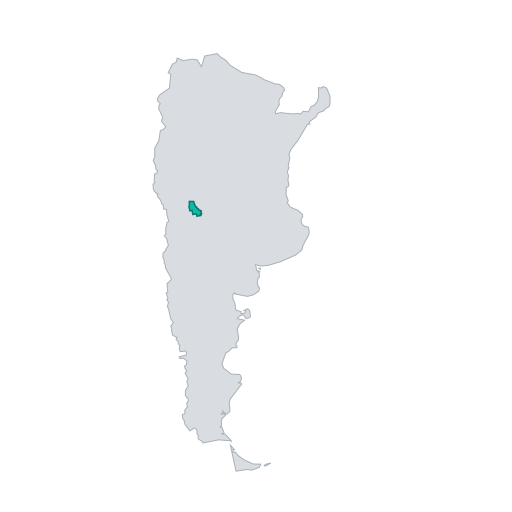 La Paz, Mendoza, Argentina (highlighted), rotated 349°
{"feature_id": "61730980B24308348826219", "entity_name": "La Paz", "entity_type": "district", "adm_level": 2, "iso_a3": "ARG", "parent_name": "Argentina", "parent_adm1": "Mendoza", "projection": "orthographic", "projection_center": [-66.916, -33.675], "detail": "fine", "context": "in_parent", "style": "filled", "palette": "teal", "viewbox_px": 512, "rotation_deg": 349, "n_neighbors": 0, "source": "geoboundaries", "source_scale": "gbopen_adm2", "svg_char_len": 5080}
<svg xmlns="http://www.w3.org/2000/svg" viewBox="0 0 512 512"><g transform="rotate(349 256 256)"><path d="M310.9,157.7L307.6,162.6L308.0,166.0L304.7,173.9L305.3,175.6L302.8,179.3L303.2,183.5L301.8,187.4L301.9,192.5L300.9,194.0L299.0,194.3L297.2,201.2L298.2,208.1L296.7,209.3L298.9,214.5L306.1,219.4L309.6,224.2L309.5,226.0L307.3,228.6L306.8,230.9L307.6,234.1L309.4,236.2L312.9,237.7L312.9,242.2L312.0,245.0L304.3,254.4L302.3,258.6L295.6,262.5L278.8,266.3L265.9,267.5L258.6,266.7L253.9,264.4L254.0,270.1L256.3,271.9L255.0,271.9L256.0,273.0L255.2,277.6L253.6,278.4L252.3,282.2L252.2,285.5L253.5,288.4L251.9,291.0L246.3,293.6L239.9,294.0L228.2,289.3L228.6,288.6L228.0,288.3L226.1,289.1L225.1,293.0L226.3,298.8L225.8,304.0L226.5,305.6L230.7,307.7L230.3,309.7L231.7,310.0L234.8,309.6L235.2,307.9L233.7,307.3L237.8,306.1L239.3,308.3L239.2,313.5L238.5,314.9L235.2,315.7L234.3,315.5L232.6,311.7L231.1,311.0L226.5,312.8L225.9,314.0L232.5,316.8L227.5,319.4L223.6,324.2L223.3,333.1L222.4,335.6L219.7,337.9L219.2,339.6L220.1,340.6L219.7,342.3L214.7,341.7L211.1,344.4L207.9,345.3L202.0,355.3L202.9,360.2L209.3,367.2L217.4,369.2L218.4,371.5L218.0,374.3L217.0,375.9L214.1,377.5L216.6,377.5L217.6,378.9L203.5,391.4L201.7,395.1L201.0,402.7L199.9,404.2L197.1,405.7L195.2,404.2L193.6,401.4L193.7,403.7L191.1,404.6L194.3,404.6L195.8,406.4L191.6,409.2L190.4,411.7L190.0,415.2L188.4,417.2L189.7,416.8L191.0,423.5L187.8,424.0L191.8,425.1L196.5,432.7L196.2,433.3L196.0,432.5L184.1,429.3L168.2,429.4L168.3,428.4L164.4,424.4L165.0,421.4L164.2,419.0L164.8,416.7L164.1,413.9L162.7,413.1L157.6,415.0L154.1,407.6L154.0,403.6L152.9,401.0L153.5,397.6L156.2,397.3L156.7,393.7L160.0,390.8L159.8,387.4L161.8,385.4L162.2,383.7L160.0,379.4L161.1,374.5L164.7,370.7L164.1,366.1L166.0,363.8L164.1,357.7L166.1,355.0L165.0,353.6L164.8,350.4L166.9,349.5L168.1,345.9L165.7,342.8L161.6,342.0L161.3,340.4L168.6,339.9L169.4,337.4L168.8,335.9L163.2,335.4L163.1,331.9L164.2,329.6L163.0,327.4L163.3,325.4L161.6,322.4L163.0,320.9L159.1,318.0L158.8,312.7L159.6,311.4L158.9,308.6L162.1,305.8L160.3,300.9L160.1,291.3L159.4,288.7L161.3,284.7L160.1,282.1L161.6,280.1L160.7,275.2L162.5,274.7L163.4,266.1L167.8,263.4L168.6,261.7L165.0,251.0L165.2,247.0L164.4,245.1L165.2,242.7L164.3,239.3L165.5,235.1L168.6,233.3L168.8,231.9L172.0,229.0L171.6,222.1L170.0,218.6L171.7,217.2L172.6,211.9L174.9,206.3L177.0,205.2L176.4,198.9L177.0,193.2L174.1,192.2L174.7,188.1L173.6,187.2L172.9,182.9L170.9,179.1L170.7,177.4L171.8,176.3L169.6,174.9L168.0,171.5L168.3,168.2L168.6,166.0L170.8,164.3L170.4,162.8L172.1,156.1L174.5,155.7L175.7,153.3L174.3,152.1L174.6,148.2L173.3,142.5L175.5,139.6L177.2,130.8L182.5,124.4L186.1,114.5L189.0,114.2L192.1,112.1L188.9,105.7L190.9,101.7L188.6,93.2L189.3,90.0L191.1,88.2L189.0,85.0L189.6,82.3L192.5,79.3L203.0,74.7L207.0,61.6L204.8,59.3L210.6,51.7L214.7,50.5L216.4,46.6L221.7,50.3L231.0,50.6L235.6,52.2L238.7,59.8L243.7,49.9L256.5,49.9L259.0,53.7L263.7,58.0L266.9,63.8L277.1,73.1L290.2,78.2L298.0,84.7L307.2,90.5L311.8,92.0L315.2,95.9L315.8,98.5L313.6,100.4L311.8,104.2L309.1,106.2L307.9,108.6L307.8,111.8L302.5,117.8L302.5,120.1L307.5,120.0L319.2,123.6L324.9,124.1L326.6,125.4L330.0,122.8L334.9,124.5L338.6,119.7L341.9,119.1L345.7,116.0L347.8,111.8L349.4,102.6L351.3,103.5L354.6,102.6L357.4,104.8L359.1,113.0L357.8,120.4L356.2,123.3L352.4,124.5L350.3,126.4L344.6,127.3L341.2,131.0L333.8,134.5L334.1,136.8L331.8,136.4L318.9,150.8L310.9,157.7ZM195.3,463.4L194.8,436.9L197.9,442.1L196.4,441.8L196.1,444.2L198.6,444.8L199.8,447.9L205.3,453.7L213.2,459.5L221.0,461.3L218.8,464.1L211.1,465.4L206.6,463.9L195.3,463.4ZM224.1,463.1L226.5,462.2L231.1,462.1L224.9,464.1L224.1,463.1ZM257.9,268.9L257.7,270.1L256.1,268.2L257.9,268.9Z" fill="#d9dde1" stroke="#a8b0b8" stroke-width="1"/><path d="M201.9,203.2L205.6,203.3L205.6,205.7L209.2,205.7L209.4,205.8L209.5,205.8L209.6,205.7L209.5,205.4L209.3,205.2L209.5,205.2L209.5,204.9L209.8,204.9L210.1,204.8L210.2,204.7L210.2,204.4L210.1,204.2L210.2,203.9L210.3,203.9L210.2,203.8L210.1,203.7L210.2,203.4L210.3,203.2L210.2,202.8L210.3,202.8L210.3,202.7L210.4,202.4L210.3,202.2L210.5,202.1L210.6,201.9L210.8,201.7L210.7,201.5L210.8,201.4L210.7,201.3L210.6,201.2L210.4,201.1L210.2,201.1L210.2,200.9L209.9,200.8L209.8,200.7L209.7,200.7L209.5,200.4L209.4,200.4L209.4,200.2L209.2,200.2L208.9,200.0L208.8,199.9L208.7,199.9L208.6,199.6L208.5,199.4L208.5,199.2L208.5,198.9L208.4,198.9L208.2,198.8L208.2,198.7L207.9,198.6L207.7,198.4L207.6,198.2L207.5,197.9L207.4,197.9L207.3,197.7L207.2,197.7L207.2,197.4L207.2,197.2L207.3,197.2L207.2,197.2L207.0,196.9L206.9,196.9L206.8,196.7L206.7,196.6L206.5,196.4L206.6,196.2L206.4,196.1L206.2,196.0L206.2,195.9L206.3,195.9L206.2,195.8L206.2,195.7L206.1,195.4L206.0,195.2L205.9,195.2L205.8,194.9L205.7,194.7L205.6,194.4L205.6,194.2L205.5,193.9L205.6,193.7L205.6,193.4L205.6,193.2L205.4,193.0L205.4,192.9L205.4,192.7L205.3,192.4L205.3,192.2L205.3,191.9L205.3,191.7L205.3,191.4L205.4,191.2L205.3,190.9L205.2,190.8L205.2,190.6L201.0,189.7L200.2,193.6L199.6,194.8L199.7,199.0L201.9,199.0L201.9,203.2Z" fill="#14b8a6" stroke="#0f766e" stroke-width="1.5"/></g></svg>